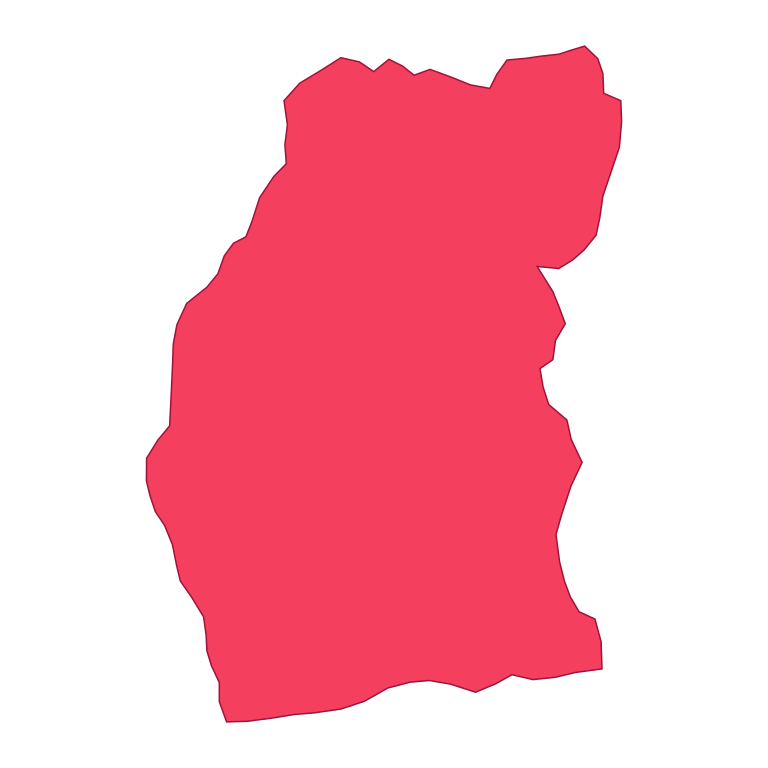 outline of Igarapé, Minas Gerais, Brazil
{"feature_id": "56859067B24887316666263", "entity_name": "Igarapé", "entity_type": "district", "adm_level": 2, "iso_a3": "BRA", "parent_name": "Brazil", "parent_adm1": "Minas Gerais", "projection": "robinson", "projection_center": [-44.318, -20.058], "detail": "fine", "context": "isolated", "style": "filled", "palette": "rose", "viewbox_px": 768, "rotation_deg": 0, "n_neighbors": 0, "source": "geoboundaries", "source_scale": "gbopen_adm2", "svg_char_len": 1382}
<svg xmlns="http://www.w3.org/2000/svg" viewBox="0 0 768 768"><path d="M602.0,668.9L601.1,641.8L595.0,619.1L579.0,611.7L570.3,596.8L564.4,581.0L559.6,561.9L556.0,534.5L561.6,514.7L571.1,485.7L582.1,462.4L571.2,439.4L566.9,420.0L548.7,404.5L543.1,387.1L540.0,368.6L552.9,359.6L555.5,340.5L565.3,323.7L558.8,306.3L552.9,291.7L537.2,266.5L558.8,268.5L572.6,260.0L584.1,250.0L596.1,235.2L599.8,217.7L602.9,196.1L612.1,168.9L619.4,147.2L621.6,121.7L620.8,100.7L603.7,93.3L602.9,73.6L597.8,58.7L584.6,46.1L571.7,50.0L558.8,54.2L541.4,56.1L525.2,58.4L507.0,60.0L496.9,74.2L489.8,88.4L470.5,84.9L450.3,76.8L430.1,69.4L414.1,75.2L402.6,66.1L388.9,59.3L373.7,71.6L359.4,61.9L340.9,57.7L319.9,71.0L299.7,83.2L284.0,100.7L287.4,124.9L284.9,144.7L286.3,163.7L273.9,176.3L259.6,197.7L251.8,221.9L245.9,236.8L233.5,243.2L224.3,255.8L217.8,273.9L206.9,287.2L186.7,303.4L176.9,324.7L173.3,343.8L172.4,367.7L171.0,398.7L169.6,425.9L157.8,440.1L146.6,458.2L146.4,480.8L150.0,495.7L155.3,511.5L164.6,525.4L172.4,544.5L176.6,565.5L180.3,581.0L191.8,597.5L203.6,616.9L206.1,635.0L206.9,650.8L211.4,665.7L219.3,682.5L219.3,701.6L226.6,721.9L247.3,721.3L274.8,717.7L294.1,714.5L314.0,712.9L341.0,709.0L364.5,701.2L387.8,688.0L409.9,682.2L429.3,680.5L450.3,684.1L475.5,692.2L495.7,683.8L512.0,674.7L533.0,679.6L555.2,677.3L575.3,672.5L602.0,668.9Z" fill="#f43f5e" stroke="#9f1239" stroke-width="1.5"/></svg>